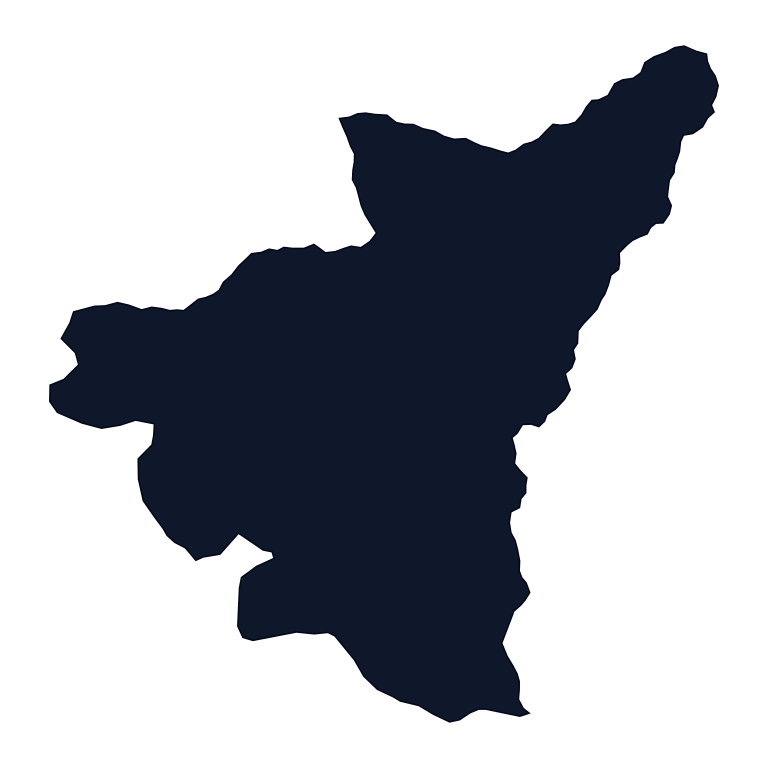 São Sebastião do Umbuzeiro, Paraíba, Brazil (orthographic projection)
{"feature_id": "56859067B31063935588201", "entity_name": "São Sebastião do Umbuzeiro", "entity_type": "district", "adm_level": 2, "iso_a3": "BRA", "parent_name": "Brazil", "parent_adm1": "Paraíba", "projection": "orthographic", "projection_center": [-36.999, -8.158], "detail": "fine", "context": "isolated", "style": "filled", "palette": "ink", "viewbox_px": 768, "rotation_deg": 0, "n_neighbors": 0, "source": "geoboundaries", "source_scale": "gbopen_adm2", "svg_char_len": 2900}
<svg xmlns="http://www.w3.org/2000/svg" viewBox="0 0 768 768"><path d="M592.0,100.5L586.6,106.8L582.0,114.8L575.5,122.2L568.1,124.5L560.6,125.2L553.0,124.3L546.8,130.3L538.9,138.6L531.8,142.3L523.9,144.4L515.9,150.3L508.4,153.3L501.5,151.6L490.3,148.1L481.3,146.0L474.4,143.0L465.6,138.6L454.0,139.3L443.9,136.4L434.8,131.3L422.8,128.7L413.4,124.5L404.8,124.3L396.0,122.5L387.0,115.2L375.0,114.5L365.5,113.1L357.6,113.8L349.3,117.3L339.5,118.5L343.2,127.6L347.2,136.5L350.7,146.4L354.6,153.7L354.4,162.1L353.0,170.1L352.5,179.7L356.5,187.4L358.7,195.5L361.3,205.6L365.2,214.7L371.3,224.6L376.5,233.0L370.0,241.5L360.9,247.7L351.1,246.2L344.2,248.4L335.2,251.7L325.4,252.8L319.5,248.4L313.9,244.4L304.1,248.4L292.1,248.4L283.8,247.4L277.6,250.7L269.2,249.2L261.3,252.5L251.5,253.7L246.1,259.1L238.8,265.9L232.0,274.8L223.5,282.2L219.3,290.2L213.8,294.2L205.9,297.6L198.3,299.3L190.9,305.2L183.7,310.7L176.8,310.0L170.0,310.7L161.7,308.6L151.8,307.3L141.6,309.9L128.7,305.2L117.5,302.6L105.2,305.9L94.6,306.3L73.6,311.9L69.9,323.2L61.3,338.6L75.5,352.8L78.7,364.8L63.9,379.5L50.1,385.1L49.8,401.5L57.4,412.4L82.0,423.0L101.6,428.2L119.9,425.2L135.6,420.1L154.4,423.8L153.7,435.8L152.0,444.9L138.2,458.9L138.5,479.0L143.3,500.7L154.1,516.3L163.2,528.5L167.1,535.4L174.7,542.3L185.3,547.8L190.7,554.1L195.8,560.3L203.1,557.0L220.0,554.1L238.5,533.2L263.1,550.0L272.1,551.8L274.1,558.4L256.6,566.4L241.5,577.5L239.5,588.0L237.8,626.1L242.9,637.4L252.9,640.4L296.4,632.0L314.2,633.8L328.0,632.4L334.9,635.9L354.4,659.8L363.9,676.3L377.5,689.4L393.1,696.7L400.4,701.1L418.9,705.5L433.4,714.2L449.6,721.9L459.4,719.8L470.0,712.8L478.7,709.1L485.5,709.1L519.9,716.2L529.2,713.2L523.2,708.5L518.4,699.3L519.2,689.4L519.2,681.4L517.1,674.0L512.7,665.6L507.2,656.5L501.7,643.2L513.9,611.1L520.9,604.9L525.3,599.7L529.7,592.5L526.1,582.9L521.8,577.8L519.2,570.9L519.6,560.9L517.4,549.2L515.1,540.5L510.9,532.7L509.3,522.6L510.9,511.9L519.5,507.5L520.9,498.5L525.7,492.9L525.7,485.2L526.9,477.8L519.7,470.3L514.4,463.6L515.8,453.3L513.9,444.9L511.9,437.6L517.1,433.2L522.5,424.5L531.2,424.1L538.9,426.6L544.5,421.2L547.0,414.6L555.4,409.1L564.4,399.5L570.2,389.7L567.1,380.1L565.3,373.6L571.7,367.7L575.0,359.0L573.2,349.8L577.5,343.2L578.0,330.8L583.6,323.5L590.2,316.6L597.0,309.1L601.1,299.7L604.8,294.2L608.3,285.0L610.9,275.2L618.5,269.4L619.6,262.8L619.2,252.8L626.5,245.3L632.3,240.4L639.5,236.9L647.2,233.9L650.4,227.6L655.8,223.2L663.1,222.9L669.2,214.0L671.3,205.6L667.3,196.8L668.1,189.5L669.3,180.1L674.0,172.7L674.7,164.7L677.2,158.4L679.4,151.5L680.5,141.6L683.5,135.1L692.8,133.5L702.5,126.9L707.6,117.8L714.1,112.0L711.3,105.1L715.7,96.6L718.2,85.7L715.2,76.2L710.3,68.8L707.3,61.2L706.5,54.1L695.8,51.2L684.2,46.1L674.7,47.6L665.6,52.6L654.1,56.8L644.9,62.6L641.0,72.7L633.1,78.3L622.5,79.9L614.6,83.8L608.1,95.5L598.6,100.0L592.0,100.5Z" fill="#0f172a" stroke="#020617" stroke-width="1.5"/></svg>